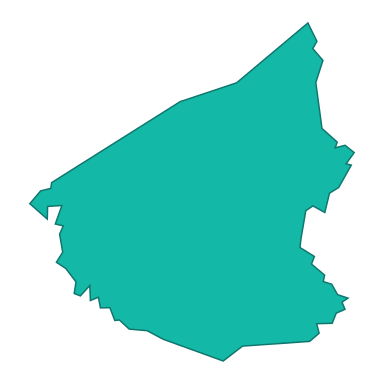 the district of Hopkins, Kentucky, United States of America
{"feature_id": "52423323B92767937246605", "entity_name": "Hopkins", "entity_type": "district", "adm_level": 2, "iso_a3": "USA", "parent_name": "United States of America", "parent_adm1": "Kentucky", "projection": "natural_earth1", "projection_center": [-87.533, 37.338], "detail": "fine", "context": "isolated", "style": "filled", "palette": "teal", "viewbox_px": 384, "rotation_deg": 0, "n_neighbors": 0, "source": "geoboundaries", "source_scale": "gbopen_adm2", "svg_char_len": 874}
<svg xmlns="http://www.w3.org/2000/svg" viewBox="0 0 384 384"><path d="M51.6,182.6L50.8,188.4L40.7,190.8L29.8,203.7L47.3,219.1L47.6,206.4L61.9,205.5L55.3,224.0L63.3,225.9L59.6,234.1L62.7,252.2L56.4,262.3L65.8,268.5L76.0,281.9L74.2,293.5L80.4,295.9L89.8,285.5L90.4,300.5L98.4,297.2L100.4,307.9L109.9,307.7L114.8,320.5L119.4,320.0L129.2,329.1L147.1,330.7L163.3,339.3L223.2,361.0L242.5,346.1L309.7,341.4L319.1,333.2L316.7,323.7L332.2,323.3L336.2,313.2L345.0,309.3L342.0,302.2L348.0,298.1L337.6,294.7L331.7,284.2L323.3,281.6L324.6,275.1L311.5,264.1L314.4,256.5L300.0,247.5L301.0,238.6L305.8,210.7L312.9,205.9L324.8,212.5L329.5,193.2L338.7,187.5L351.3,165.1L346.1,163.8L354.2,152.6L345.1,145.3L335.2,147.8L337.2,142.1L322.0,128.5L315.8,82.6L322.9,60.4L312.8,48.6L316.9,41.3L307.9,23.0L236.6,82.8L180.2,101.6L51.6,182.6Z" fill="#14b8a6" stroke="#0f766e" stroke-width="1.5"/></svg>